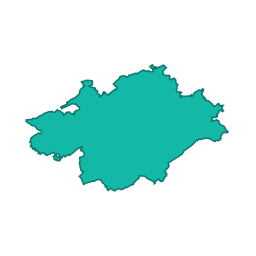 the district of Fermoy Lea-6, Cork, Ireland, rotated 150°
{"feature_id": "5873133B9082097592121", "entity_name": "Fermoy Lea-6", "entity_type": "district", "adm_level": 2, "iso_a3": "IRL", "parent_name": "Ireland", "parent_adm1": "Cork", "projection": "equal_earth", "projection_center": [-8.317, 52.16], "detail": "fine", "context": "isolated", "style": "filled", "palette": "teal", "viewbox_px": 256, "rotation_deg": 150, "n_neighbors": 0, "source": "geoboundaries", "source_scale": "gbopen_adm2", "svg_char_len": 5873}
<svg xmlns="http://www.w3.org/2000/svg" viewBox="0 0 256 256"><g transform="rotate(150 128 128)"><path d="M43.3,75.5L43.7,75.8L44.1,77.0L43.9,81.4L45.3,83.3L46.6,86.0L46.3,87.7L45.8,88.9L47.1,90.0L46.9,90.7L52.3,92.1L50.1,94.0L50.4,94.2L50.4,95.3L46.5,93.3L45.1,93.1L44.9,94.4L44.1,94.4L44.3,95.3L41.6,96.0L41.1,96.8L41.4,97.2L41.2,97.4L39.1,97.3L38.1,95.0L36.6,95.2L36.9,97.0L36.5,99.1L35.5,99.2L35.4,100.0L34.5,100.1L35.2,100.6L37.1,101.0L37.4,102.3L37.0,102.8L37.4,104.0L39.1,103.9L40.4,103.4L42.7,103.8L42.8,104.4L43.1,104.4L43.0,106.1L43.4,107.7L44.6,111.2L46.3,112.5L46.3,113.1L47.0,113.3L46.9,114.1L46.4,114.4L47.6,116.1L46.4,116.3L47.4,118.9L47.5,119.5L46.8,120.5L47.3,121.0L44.4,122.3L44.3,122.9L43.3,123.5L43.8,124.6L46.4,123.9L47.0,125.1L48.4,125.5L51.0,125.3L52.6,125.5L55.8,123.3L56.7,123.5L57.1,123.6L56.5,124.0L56.8,124.7L56.5,125.0L58.9,125.0L63.4,127.3L65.4,128.8L66.5,127.9L67.7,128.3L66.6,129.4L66.1,130.4L66.2,131.5L63.9,132.0L65.0,133.5L66.8,134.1L67.6,135.0L67.3,135.5L67.3,136.5L65.8,137.9L65.1,139.1L63.1,140.6L63.4,141.6L64.0,142.3L63.4,144.6L63.1,144.7L62.6,145.9L62.9,146.8L62.8,147.8L65.0,148.5L66.6,148.1L67.4,149.7L66.8,150.9L66.2,151.0L65.7,152.7L67.2,153.7L68.6,154.1L70.1,155.9L70.4,157.3L69.6,159.3L67.1,160.7L64.7,160.9L65.8,164.7L74.7,165.5L76.0,166.0L76.1,166.5L74.8,166.4L73.3,166.8L74.8,167.8L75.3,168.9L75.2,170.4L76.5,170.6L78.4,170.1L77.8,169.4L78.0,168.1L77.0,167.3L78.0,164.2L80.0,165.0L81.7,167.4L83.8,167.9L84.3,169.0L85.3,169.5L85.2,170.1L85.5,170.4L89.0,170.8L90.2,170.4L92.9,170.4L92.7,170.8L95.2,172.0L96.6,171.9L97.7,172.4L98.7,172.4L100.1,173.2L101.1,173.0L101.8,172.4L103.1,172.4L103.3,172.5L103.1,172.7L103.3,173.1L104.5,173.5L104.8,174.7L105.6,175.6L109.4,176.4L110.7,175.2L115.5,174.3L117.4,173.5L118.6,173.5L118.2,170.8L117.5,170.2L117.3,168.4L117.9,167.5L118.9,167.4L119.2,167.9L120.4,167.5L120.8,168.0L122.1,167.4L123.3,167.8L123.6,167.4L124.5,167.2L124.7,166.8L125.5,167.4L127.0,166.6L128.3,166.4L128.1,166.9L129.9,168.2L130.5,169.5L129.8,170.3L131.2,171.4L132.3,170.7L132.0,170.4L132.3,169.8L135.1,169.5L135.9,168.7L136.6,168.8L136.4,169.5L136.6,169.9L136.2,170.5L136.2,171.3L137.3,173.7L137.1,174.2L135.9,174.9L136.4,176.3L136.9,176.4L137.1,177.7L137.4,178.3L136.6,178.4L136.7,179.5L138.2,180.6L140.6,183.0L140.9,183.7L137.3,183.1L136.6,184.5L136.0,184.9L136.2,186.2L135.4,186.6L137.1,188.2L141.0,190.5L143.0,190.4L144.4,191.3L145.1,191.4L145.5,190.7L144.6,189.3L144.5,188.6L145.0,188.4L145.8,186.4L144.8,186.0L149.0,185.3L150.5,184.7L151.5,184.0L152.5,182.0L158.9,180.7L162.8,181.1L164.0,181.0L164.7,180.6L167.6,180.8L168.3,180.7L168.0,179.3L173.5,179.4L173.6,179.8L175.9,179.7L175.7,177.8L173.0,178.0L172.8,177.6L169.1,177.2L164.3,177.1L161.9,175.0L160.7,174.6L160.9,173.7L160.7,172.8L160.9,172.4L160.2,171.4L159.8,170.3L160.4,168.4L163.0,168.4L164.0,169.0L166.6,168.6L166.9,168.6L166.8,167.9L167.1,167.2L168.2,166.5L168.2,167.6L169.9,168.8L170.6,170.3L170.7,171.3L172.5,171.5L172.8,172.2L175.1,172.0L175.5,171.2L177.3,171.2L177.3,171.8L176.8,173.1L177.1,173.4L177.3,174.4L177.7,174.8L178.3,176.6L179.8,178.1L180.0,179.1L184.1,178.3L185.1,179.2L185.4,180.5L186.2,180.3L187.2,181.1L189.1,181.8L192.4,182.4L193.8,182.2L193.8,182.5L195.8,182.0L197.5,182.6L203.6,182.4L204.3,182.8L204.4,183.3L204.9,183.7L205.7,183.9L207.1,183.5L209.3,184.8L212.4,185.8L212.4,185.1L212.8,184.5L212.4,182.8L210.6,180.6L210.7,179.6L209.7,177.8L209.1,177.6L207.7,176.3L207.6,175.1L207.2,174.6L207.3,172.5L206.5,171.1L206.2,171.0L206.0,170.2L204.9,169.1L205.0,168.3L204.7,167.7L206.6,166.5L207.4,167.0L207.4,167.9L207.7,168.3L213.1,168.3L217.2,167.8L218.2,166.0L220.0,165.1L220.2,164.5L219.2,163.0L220.3,161.9L221.0,161.7L220.8,161.2L221.4,160.7L221.5,160.1L220.5,159.1L220.7,158.5L220.5,158.2L220.8,157.9L220.5,157.4L220.7,157.1L219.2,157.0L219.5,156.2L218.8,156.2L219.4,155.2L219.0,155.2L219.1,154.4L218.4,154.4L217.9,152.0L217.4,152.2L217.0,151.3L217.3,150.5L217.6,150.5L216.9,150.1L217.2,149.2L214.3,149.1L212.3,146.7L212.9,146.0L211.9,144.8L209.8,144.7L207.7,144.3L206.8,144.5L204.5,144.0L204.6,142.4L204.3,140.8L201.6,140.9L200.7,139.2L200.8,138.5L201.3,138.4L201.1,136.6L202.2,136.5L203.8,139.2L204.3,140.8L207.0,140.6L206.9,139.8L207.5,138.2L207.1,137.6L207.0,136.6L205.4,136.2L205.8,135.3L204.0,134.0L203.1,134.0L201.4,135.2L200.3,135.2L200.3,135.8L197.3,136.0L197.1,134.6L196.6,134.4L192.9,135.1L192.5,133.5L186.3,134.3L183.1,135.1L177.2,135.0L177.6,134.4L177.6,133.7L179.8,133.2L180.2,132.1L179.2,131.1L178.7,129.8L178.7,128.0L179.6,126.1L180.3,125.9L184.5,126.5L185.4,125.3L185.7,123.7L187.2,122.5L188.8,118.6L189.9,114.7L189.6,113.9L188.2,112.5L188.7,112.1L189.9,112.0L190.9,111.1L194.3,110.5L193.7,107.4L194.7,101.3L191.6,101.2L185.9,99.7L185.2,99.9L184.2,98.9L180.0,98.6L178.8,97.5L177.6,97.3L177.5,93.1L176.2,90.5L177.1,88.4L175.1,88.1L175.3,87.6L176.2,86.9L176.6,85.7L176.7,85.3L176.4,83.9L173.0,84.3L172.4,82.4L171.0,80.2L167.3,80.4L165.8,79.7L165.5,78.8L163.8,77.6L161.1,77.5L159.8,77.9L159.7,77.5L158.5,77.0L153.0,77.1L152.4,77.0L152.3,76.6L152.0,76.9L151.5,76.6L150.9,77.0L150.4,77.7L149.4,77.7L146.5,78.8L144.9,78.8L144.4,79.2L144.1,78.9L142.0,80.3L141.8,81.0L140.5,80.1L139.9,79.2L139.0,79.0L137.2,77.5L136.8,76.4L137.0,75.7L136.4,74.5L132.9,69.2L132.6,67.4L133.1,66.6L132.0,66.7L131.3,67.5L129.9,68.2L127.2,68.3L126.3,68.0L126.9,67.2L126.4,65.4L124.1,64.6L123.6,65.4L122.0,65.9L120.8,67.2L119.3,67.1L118.8,67.7L117.7,68.1L117.4,69.1L117.4,70.1L117.7,70.7L117.4,72.2L115.9,73.1L114.5,73.4L113.9,73.2L113.5,73.7L112.2,74.0L111.8,74.8L111.1,75.2L111.0,76.0L111.2,76.3L110.6,77.6L94.3,78.3L91.7,79.6L91.2,80.3L82.2,81.0L78.4,81.8L75.3,82.9L73.9,83.0L73.9,82.4L71.9,82.9L71.2,81.8L69.9,81.7L68.4,80.9L66.7,80.7L64.3,79.6L63.5,78.7L62.9,78.4L59.6,72.8L57.7,73.2L56.2,71.8L53.3,71.8L51.6,74.6L48.4,76.2L46.9,76.3L46.3,75.4L44.9,74.6L43.4,74.5L43.3,75.5Z" fill="#14b8a6" stroke="#0f766e" stroke-width="1.5"/></g></svg>